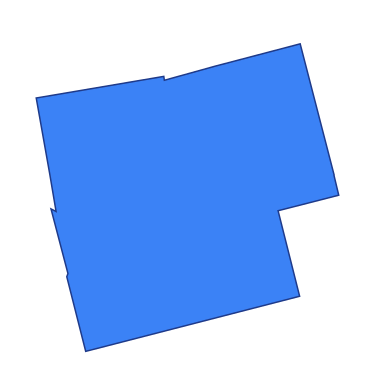 Shelby, Ohio, United States of America, rotated 166°
{"feature_id": "52423323B28276778913523", "entity_name": "Shelby", "entity_type": "district", "adm_level": 2, "iso_a3": "USA", "parent_name": "United States of America", "parent_adm1": "Ohio", "projection": "equal_earth", "projection_center": [-84.19, 40.334], "detail": "fine", "context": "isolated", "style": "filled", "palette": "blue", "viewbox_px": 384, "rotation_deg": 166, "n_neighbors": 0, "source": "geoboundaries", "source_scale": "gbopen_adm2", "svg_char_len": 369}
<svg xmlns="http://www.w3.org/2000/svg" viewBox="0 0 384 384"><g transform="rotate(166 192 192)"><path d="M320.4,320.9L325.7,243.7L328.6,206.0L332.9,209.7L332.1,142.9L334.0,140.1L333.7,63.1L112.8,64.8L113.0,153.0L50.4,153.4L50.2,173.8L50.0,174.1L51.2,309.6L139.1,308.5L191.8,307.1L191.4,311.0L320.4,320.9Z" fill="#3b82f6" stroke="#1e3a8a" stroke-width="1.5"/></g></svg>